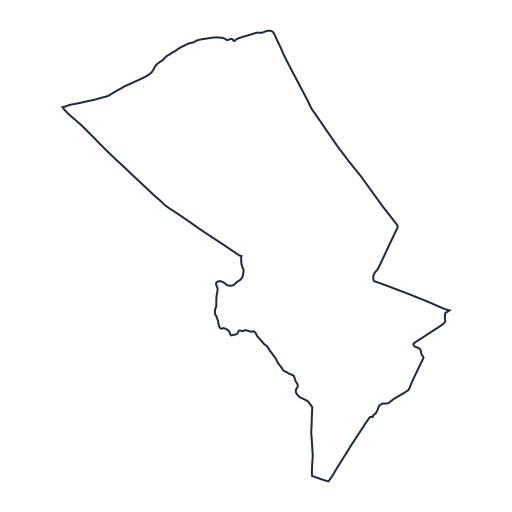 Vinh Hung, Long An, Vietnam (orthographic projection)
{"feature_id": "81297802B51272444346298", "entity_name": "Vinh Hung", "entity_type": "district", "adm_level": 2, "iso_a3": "VNM", "parent_name": "Vietnam", "parent_adm1": "Long An", "projection": "orthographic", "projection_center": [105.784, 10.881], "detail": "fine", "context": "isolated", "style": "outline", "palette": "slate", "viewbox_px": 512, "rotation_deg": 0, "n_neighbors": 0, "source": "geoboundaries", "source_scale": "gbopen_adm2", "svg_char_len": 5999}
<svg xmlns="http://www.w3.org/2000/svg" viewBox="0 0 512 512"><path d="M449.5,310.4L446.6,309.7L443.3,308.4L437.8,306.1L433.2,304.0L428.9,302.2L424.5,300.3L418.1,297.8L408.9,294.1L403.4,292.0L396.8,289.5L388.2,286.2L379.4,283.0L374.3,281.2L373.9,280.9L373.7,280.4L373.4,279.5L373.2,277.9L373.3,276.2L373.7,274.8L374.5,273.0L376.1,271.2L377.8,269.1L379.0,266.8L382.0,260.4L385.7,252.6L390.9,241.5L395.7,231.4L397.0,228.8L397.5,227.5L397.7,227.0L397.7,226.5L397.6,225.9L397.3,225.2L385.5,210.0L383.0,206.9L371.9,191.5L360.6,175.9L348.8,161.3L337.5,146.3L327.2,131.4L316.9,116.3L312.1,109.6L310.0,105.7L307.9,101.0L299.9,85.9L291.7,70.4L284.0,55.4L282.7,52.4L280.7,47.7L277.1,40.2L274.6,34.6L273.6,32.8L272.6,31.7L271.2,31.0L270.3,30.8L269.1,30.7L267.4,30.8L265.8,31.3L262.7,32.5L261.3,32.8L260.2,32.8L258.8,32.7L257.3,32.7L256.0,32.9L253.7,33.6L248.5,35.2L242.6,36.9L237.9,38.5L236.1,39.6L235.1,40.3L234.7,40.8L234.3,41.0L233.9,41.0L233.4,40.6L232.9,39.7L232.4,39.2L231.9,39.0L231.3,39.0L230.6,39.0L229.7,39.2L229.0,39.5L228.3,39.9L228.0,40.0L227.4,40.1L226.6,39.9L225.6,39.2L224.4,38.5L222.7,37.9L217.8,37.4L214.3,37.5L210.7,37.9L206.2,38.6L201.5,39.3L198.5,40.0L196.8,40.5L195.5,41.2L194.5,41.9L193.2,42.5L191.8,42.8L189.6,43.2L188.1,43.7L184.2,45.6L180.8,47.3L179.3,48.2L177.7,49.2L175.8,50.7L174.0,51.7L171.8,52.8L170.0,54.2L167.3,55.7L166.0,56.6L162.6,60.2L160.4,61.6L158.5,62.9L157.0,64.2L156.0,65.2L154.7,67.1L153.8,69.1L152.1,71.7L150.8,73.1L148.0,75.2L144.1,77.4L132.9,82.6L124.8,86.2L119.9,89.0L115.2,91.6L110.5,94.5L108.0,96.0L105.8,96.7L102.8,97.4L94.3,99.8L84.7,101.8L80.3,102.9L75.0,103.9L71.5,104.5L69.4,105.0L67.0,105.9L64.4,106.8L62.5,107.2L63.6,108.7L65.1,110.5L68.1,113.6L73.4,118.3L76.8,121.2L82.2,126.0L85.1,128.9L92.8,136.6L100.3,144.3L108.0,152.0L116.2,159.8L124.6,167.5L132.7,175.3L141.0,183.0L148.6,190.2L156.1,197.2L158.5,199.1L162.0,202.3L164.1,204.5L168.8,208.0L175.5,212.3L186.8,220.0L189.6,221.9L198.3,228.1L201.1,230.0L213.2,238.0L222.0,243.7L227.3,247.3L233.0,251.2L235.3,252.7L238.3,254.7L239.8,255.6L240.5,255.8L241.3,256.0L241.2,256.2L241.2,258.9L241.2,261.1L241.4,263.8L242.2,266.4L242.7,267.7L243.2,269.2L243.5,270.1L243.6,271.0L243.5,272.2L243.1,274.0L242.9,275.4L242.6,276.7L241.6,278.4L240.6,279.5L238.9,280.8L237.3,281.7L236.4,282.4L235.1,283.8L233.5,285.1L232.7,285.4L231.4,285.7L230.1,285.7L228.8,285.7L227.9,285.4L227.0,285.0L226.1,284.4L225.0,283.5L224.2,282.8L223.2,282.2L221.8,281.6L220.3,281.2L219.2,281.2L217.9,281.5L217.1,282.0L216.4,282.6L216.2,282.9L216.1,283.4L216.1,283.9L216.2,284.7L216.3,285.2L216.5,285.7L216.7,286.2L217.1,287.2L217.4,287.9L217.6,288.7L217.5,290.2L217.4,291.8L216.7,294.6L216.6,296.2L216.4,298.3L216.3,300.8L216.3,302.9L216.3,304.6L216.2,306.3L215.5,308.3L215.1,309.7L214.9,310.9L214.9,311.8L214.9,312.4L215.0,313.6L215.1,314.2L215.3,314.6L215.9,315.5L216.4,316.3L216.8,317.6L217.0,318.1L217.6,319.7L217.9,320.4L218.2,321.3L218.3,322.2L218.5,323.9L218.8,325.4L219.3,326.6L219.8,327.6L220.4,328.3L221.1,328.6L221.4,328.7L221.7,328.7L222.1,328.7L222.3,328.6L222.7,328.4L223.0,328.2L223.6,328.1L224.0,328.2L224.8,328.5L225.7,328.8L226.9,329.5L228.1,330.4L228.8,331.1L229.4,331.8L229.7,332.4L230.2,334.1L230.5,334.8L230.7,335.0L231.0,335.3L231.4,335.4L231.9,335.3L233.0,335.0L234.5,334.7L236.1,334.3L236.7,334.1L237.3,333.6L237.8,332.7L238.5,331.4L238.8,330.9L239.1,330.7L239.4,330.5L239.8,330.5L240.2,330.5L240.6,330.6L241.2,330.8L241.9,331.1L242.5,331.2L243.0,331.1L243.5,331.0L244.3,330.5L244.8,330.2L245.3,330.2L245.8,330.3L246.5,330.4L247.4,330.7L248.0,330.7L248.5,330.9L249.1,331.1L249.8,331.4L250.7,331.7L251.4,331.7L251.8,331.6L252.9,331.4L253.6,331.4L254.2,331.7L254.7,332.1L255.3,332.5L255.8,333.3L256.2,334.2L256.8,335.4L257.6,336.7L258.8,337.9L259.6,338.8L260.2,339.7L260.9,340.5L261.9,341.3L262.4,342.1L263.2,343.2L264.2,344.1L265.1,344.8L266.0,345.4L266.9,346.3L267.8,347.3L268.8,348.7L269.5,350.3L270.3,351.3L271.3,352.5L272.5,354.1L273.7,355.9L275.0,357.6L275.8,358.5L276.2,359.2L276.5,360.0L276.7,360.7L277.2,361.7L278.4,363.7L279.4,364.9L280.3,366.1L281.0,366.8L281.4,367.4L282.1,368.4L282.9,369.9L283.8,370.9L284.4,371.2L285.1,371.5L285.8,371.8L286.6,372.2L288.5,373.3L289.7,374.0L291.1,374.5L292.3,375.0L293.3,375.5L293.8,376.0L294.5,377.6L295.1,379.8L295.7,381.4L296.7,382.9L297.4,384.1L297.7,385.3L297.7,386.3L297.5,387.2L296.7,388.4L295.9,389.7L295.8,390.9L295.9,391.9L296.1,392.9L297.3,394.6L298.9,396.4L299.9,397.2L301.7,398.1L305.0,399.7L307.3,400.9L309.1,402.8L311.0,405.3L312.3,407.3L312.0,412.9L311.6,424.3L311.2,432.5L311.9,441.4L312.2,446.8L312.8,456.0L312.7,456.7L312.0,467.7L311.9,472.2L312.0,475.7L312.1,476.0L320.7,479.0L323.9,480.1L326.5,480.9L328.5,481.3L332.1,476.3L335.8,470.0L340.9,461.8L346.2,453.3L351.4,444.9L362.3,428.3L363.4,426.7L364.1,425.6L364.6,424.6L366.4,422.0L367.6,420.3L369.0,418.4L369.7,417.4L369.9,417.1L370.2,416.9L370.5,416.8L371.4,416.9L371.9,417.0L372.3,417.0L372.5,417.0L372.8,416.9L373.0,416.6L373.0,416.3L373.1,415.9L373.1,415.6L373.3,415.3L373.6,415.0L373.9,414.7L374.9,414.1L375.8,413.1L376.5,412.1L377.5,410.1L377.9,408.9L378.5,407.3L379.1,405.9L379.4,405.5L380.1,404.9L381.0,404.4L382.4,403.7L383.3,403.5L384.3,403.6L385.8,403.6L387.2,403.4L388.2,403.1L388.7,402.9L389.6,402.3L390.4,401.6L391.2,401.0L391.8,400.6L392.8,399.7L393.9,398.9L396.0,397.6L404.6,392.6L407.4,390.7L408.3,390.1L408.8,389.4L409.4,388.3L410.7,385.0L411.9,382.1L415.3,374.8L418.8,367.5L422.0,360.9L422.9,359.2L423.3,358.3L423.4,358.0L423.4,357.5L423.4,357.4L423.3,357.0L422.9,356.4L422.3,355.7L421.8,354.9L421.4,354.1L421.2,353.0L420.9,351.2L420.5,350.0L420.2,349.3L419.6,348.8L418.5,348.1L416.8,347.3L415.3,346.8L414.6,346.4L414.1,345.8L413.5,345.1L413.4,344.5L413.4,344.1L413.7,343.6L414.8,342.6L418.4,340.3L428.8,333.5L438.8,327.0L441.4,325.2L443.4,323.7L444.2,323.0L444.9,321.9L445.2,321.1L445.2,320.3L444.8,318.7L444.8,317.8L445.1,317.0L445.1,315.8L445.0,314.7L445.0,313.8L445.2,313.3L445.7,312.8L446.9,312.1L448.4,311.2L449.5,310.4Z" fill="none" stroke="#1e293b" stroke-width="2"/></svg>